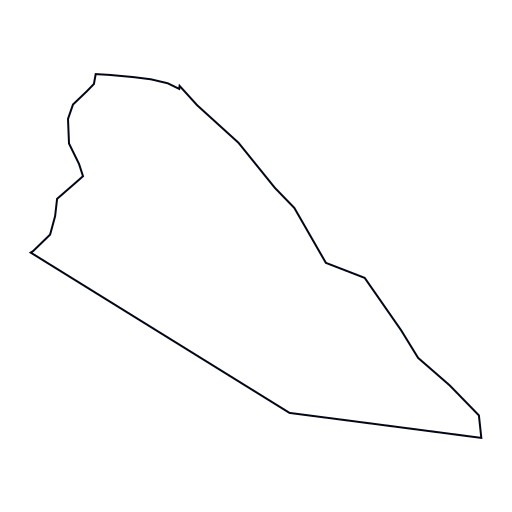 Calvary/Calvaire, Soufrière, Saint Lucia (orthographic projection)
{"feature_id": "8701671B5799269287632", "entity_name": "Calvary/Calvaire", "entity_type": "district", "adm_level": 2, "iso_a3": "LCA", "parent_name": "Saint Lucia", "parent_adm1": "Soufrière", "projection": "orthographic", "projection_center": [-61.057, 13.851], "detail": "fine", "context": "isolated", "style": "outline", "palette": "ink", "viewbox_px": 512, "rotation_deg": 0, "n_neighbors": 0, "source": "geoboundaries", "source_scale": "gbopen_adm2", "svg_char_len": 510}
<svg xmlns="http://www.w3.org/2000/svg" viewBox="0 0 512 512"><path d="M95.7,74.1L93.9,84.0L86.9,91.2L73.0,104.5L68.0,118.9L69.0,143.5L79.0,163.9L83.0,176.2L76.0,182.4L57.1,198.8L55.1,216.2L50.1,234.6L33.2,251.0L30.7,252.6L289.5,412.9L481.3,437.9L481.1,435.9L478.9,415.4L449.7,385.4L418.1,357.9L401.2,330.4L364.7,277.9L325.9,262.9L294.3,207.9L274.9,187.9L238.5,142.8L197.2,105.3L179.6,85.9L179.2,88.9L167.8,83.3L150.9,79.3L133.4,77.1L109.4,74.9L95.7,74.1Z" fill="none" stroke="#020617" stroke-width="2"/></svg>